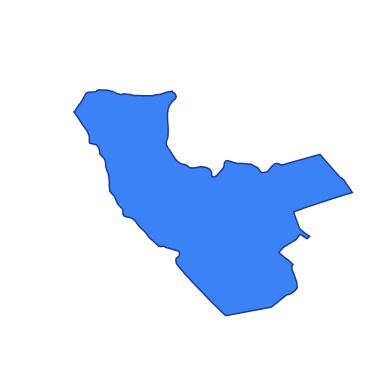 outline of Roseau Valley, Anse-la-Raye, Saint Lucia, rotated 28°
{"feature_id": "8701671B68986810783457", "entity_name": "Roseau Valley", "entity_type": "district", "adm_level": 2, "iso_a3": "LCA", "parent_name": "Saint Lucia", "parent_adm1": "Anse-la-Raye", "projection": "orthographic", "projection_center": [-61.028, 13.953], "detail": "fine", "context": "isolated", "style": "filled", "palette": "blue", "viewbox_px": 384, "rotation_deg": 28, "n_neighbors": 0, "source": "geoboundaries", "source_scale": "gbopen_adm2", "svg_char_len": 5941}
<svg xmlns="http://www.w3.org/2000/svg" viewBox="0 0 384 384"><g transform="rotate(28 192 192)"><path d="M316.7,175.8L315.6,175.9L311.7,175.4L306.3,174.4L303.7,173.5L301.5,171.5L298.8,168.9L294.4,165.1L291.2,161.9L291.6,161.3L295.8,156.7L299.3,152.6L305.9,145.8L309.5,142.0L310.5,140.9L320.4,130.7L327.5,123.4L332.5,118.6L333.8,117.2L330.9,115.6L324.4,112.3L321.3,110.7L320.7,110.1L320.1,110.1L319.1,109.9L318.4,109.5L315.8,109.5L294.8,101.6L287.3,98.7L259.9,124.8L259.3,125.1L258.9,125.4L258.7,126.1L258.5,126.4L258.0,126.3L257.9,126.3L257.0,126.3L256.0,126.3L255.0,126.5L253.9,126.8L253.3,127.1L251.7,128.5L250.5,131.7L249.6,135.6L249.4,137.1L249.0,138.1L248.7,138.9L248.4,139.4L248.2,139.5L247.9,139.9L247.3,140.2L246.2,141.0L245.1,141.8L244.5,142.0L243.6,141.9L242.9,141.8L242.4,141.5L242.1,141.4L241.4,141.1L240.8,140.7L239.7,140.2L239.2,139.8L238.5,139.7L237.9,139.7L236.2,139.8L234.3,139.8L232.8,139.8L232.5,139.7L231.8,139.7L231.2,139.9L230.3,140.0L230.1,140.1L229.6,140.3L228.9,140.6L228.0,141.1L227.3,141.4L226.4,141.8L225.3,142.2L223.9,142.8L222.7,143.3L222.0,143.6L221.8,143.8L219.3,145.2L218.5,145.5L218.2,145.6L217.6,145.7L216.2,146.2L215.0,146.4L214.7,146.5L214.2,146.5L213.0,146.7L211.6,146.9L210.7,147.2L209.4,147.5L208.5,147.7L207.5,148.6L207.2,149.2L207.0,149.7L207.0,151.4L207.6,152.7L208.2,154.3L208.3,156.4L207.4,160.5L206.4,164.7L205.5,167.1L205.4,167.3L205.2,167.6L204.8,168.0L204.3,168.3L204.2,168.4L203.4,168.9L202.8,168.8L202.3,168.8L201.7,168.0L201.4,167.7L199.9,165.3L199.6,165.1L198.3,164.2L197.6,163.7L196.9,163.6L195.9,163.5L193.4,163.6L193.1,163.6L190.9,164.4L190.4,164.5L190.0,164.7L189.2,165.0L187.9,165.6L187.1,166.0L186.1,166.9L185.4,167.5L184.4,168.3L184.2,168.4L184.1,168.5L182.8,169.6L180.9,170.6L180.2,170.9L179.8,171.2L178.9,171.4L178.0,171.5L177.5,171.4L177.4,171.4L176.7,171.3L174.6,171.0L174.1,171.0L173.0,171.1L172.4,171.2L171.4,171.6L170.9,171.8L170.0,172.0L169.4,172.1L167.7,172.2L166.3,171.9L165.0,171.8L163.9,171.4L162.5,171.0L162.0,170.9L160.5,170.0L158.4,168.8L157.1,168.2L155.8,167.5L155.0,166.9L154.3,166.5L153.9,166.2L152.9,165.7L151.2,164.9L149.4,163.9L148.9,163.6L148.4,163.2L147.7,162.6L146.8,161.8L146.4,160.8L146.1,160.3L145.9,159.9L145.8,159.5L145.6,158.9L145.4,157.7L145.3,157.2L145.1,155.3L143.3,151.2L142.6,149.9L140.9,146.8L140.1,145.3L139.4,144.2L138.4,142.8L137.6,141.5L136.7,140.0L135.7,138.4L134.8,136.7L134.3,135.6L134.0,135.1L133.2,133.5L132.8,132.3L132.8,132.2L132.0,130.0L131.5,126.3L131.8,122.9L132.1,121.5L132.4,120.6L133.0,119.2L133.1,118.9L133.5,117.1L133.6,116.0L133.2,115.3L132.8,114.9L132.0,113.9L131.3,113.5L130.7,113.1L129.9,113.0L128.7,112.9L127.9,112.9L127.7,112.6L127.5,112.4L127.4,112.2L127.2,112.3L127.1,112.5L126.6,112.9L123.6,115.1L122.0,116.4L121.3,117.5L120.6,118.1L120.0,118.6L118.7,120.0L118.1,120.8L116.7,121.5L115.6,122.4L114.5,123.2L114.1,123.5L112.8,124.7L111.6,125.7L109.7,126.8L107.1,128.1L106.1,128.5L105.1,129.4L104.0,129.6L103.7,129.9L102.8,130.4L100.9,131.2L98.6,132.2L98.1,132.5L98.0,132.8L95.8,133.9L94.6,134.3L92.1,134.8L91.4,135.0L90.1,135.7L89.1,136.1L86.6,136.9L85.0,137.8L84.4,138.8L83.6,139.3L83.3,139.3L81.9,139.8L79.2,140.3L77.6,140.5L76.5,140.5L75.1,140.2L73.6,141.0L71.0,141.3L69.0,142.1L65.3,143.9L64.5,144.3L62.7,145.1L61.3,145.9L60.7,147.0L60.3,147.7L60.2,148.3L58.3,149.8L55.9,151.2L54.5,152.1L53.5,152.7L52.7,153.5L52.2,154.4L52.0,156.7L52.0,160.5L51.9,164.5L51.7,166.3L51.2,168.0L51.0,171.0L50.9,172.8L50.7,174.3L50.7,175.7L50.2,176.7L55.0,179.1L55.9,179.6L56.6,179.9L57.9,180.7L60.5,182.2L63.2,183.7L64.9,184.6L66.5,185.3L67.8,185.9L68.8,186.4L70.0,187.0L72.7,188.8L73.9,189.8L74.4,190.3L75.3,191.3L75.6,191.7L76.5,193.5L77.1,194.7L77.5,195.3L78.0,196.0L78.5,196.8L79.0,196.8L80.4,196.5L82.7,195.9L84.4,195.4L85.6,195.4L87.4,195.9L88.8,196.7L90.0,197.8L90.9,199.0L91.5,199.9L91.7,200.2L92.5,201.3L93.2,201.8L94.2,202.2L95.0,202.5L96.9,203.1L98.6,203.6L99.7,204.3L100.6,205.1L101.7,206.5L102.8,208.2L104.1,210.2L104.7,211.0L105.9,212.0L106.7,212.8L107.8,213.7L108.1,214.0L109.1,214.9L109.3,215.1L110.2,216.1L111.1,217.3L112.2,218.8L113.2,220.3L114.3,221.9L115.1,223.4L115.7,225.0L118.8,229.4L119.3,230.0L124.6,232.0L126.2,232.8L127.6,234.0L129.0,235.1L130.4,236.2L131.5,237.1L132.7,237.7L134.4,238.3L136.2,238.9L137.6,239.2L138.2,239.5L138.7,239.8L139.5,240.7L140.3,241.9L141.1,243.4L141.8,244.3L142.8,244.9L143.8,245.1L145.1,244.9L146.9,244.5L148.2,244.0L149.4,243.7L151.4,243.5L153.3,243.6L154.5,243.9L155.7,244.3L157.2,245.1L158.7,245.9L158.8,245.9L160.6,246.7L162.5,247.4L164.8,248.2L166.7,248.6L169.3,249.3L171.5,250.2L173.2,251.2L175.0,252.2L177.1,252.8L180.3,253.4L183.1,254.2L186.1,254.8L187.6,255.1L188.1,255.2L188.1,255.3L188.2,255.2L189.2,255.2L190.8,254.5L191.7,253.4L192.7,253.3L193.7,253.2L194.2,253.2L195.5,253.1L196.2,253.0L200.8,251.9L203.6,251.5L205.8,251.0L208.2,250.5L209.4,251.6L210.6,254.0L210.2,255.7L209.6,257.2L209.3,258.2L209.3,258.4L209.6,259.4L211.1,261.8L212.8,263.0L214.4,263.7L218.5,265.5L221.3,266.4L225.2,268.2L230.4,269.7L233.2,270.8L235.6,271.6L250.8,276.6L261.1,280.1L269.1,282.3L275.2,284.2L276.2,284.4L276.6,284.6L278.6,285.0L279.9,285.3L316.2,256.3L323.4,239.4L324.2,238.3L325.2,237.4L326.8,235.6L328.4,232.7L329.3,230.5L329.9,227.6L329.8,226.8L327.8,224.1L327.2,223.0L325.9,221.6L324.2,220.2L323.0,219.1L322.0,217.8L319.4,215.8L317.9,214.6L316.3,212.8L315.2,211.2L315.1,210.5L315.1,209.8L315.2,209.3L315.4,208.9L314.5,208.4L313.7,208.0L312.5,207.8L311.3,207.7L310.3,207.2L307.1,206.6L305.8,206.6L304.8,206.4L303.1,206.0L299.3,205.2L297.1,204.5L297.1,204.4L298.4,199.2L298.8,197.7L306.3,185.0L306.4,184.4L306.5,183.8L307.0,179.9L307.2,178.8L307.9,178.7L308.3,178.7L308.9,178.6L309.4,178.6L309.7,178.6L310.3,178.8L310.9,178.9L311.6,179.0L312.3,179.1L312.6,179.1L312.8,179.1L313.8,179.2L314.0,179.2L314.6,179.2L314.9,179.2L315.0,179.2L315.3,179.2L315.5,179.2L315.8,178.6L316.1,177.5L316.4,176.7L316.7,176.0L316.7,175.8Z" fill="#3b82f6" stroke="#1e3a8a" stroke-width="1.5"/></g></svg>